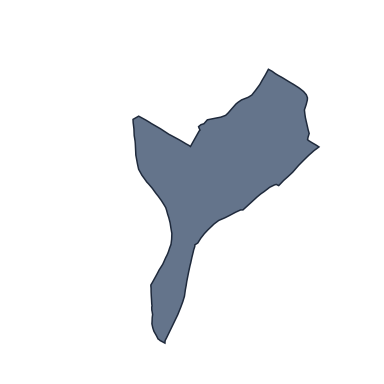 Chraoy Chongvar, Phnom Penh, Cambodia, rotated 30°
{"feature_id": "14789045B54201472344592", "entity_name": "Chraoy Chongvar", "entity_type": "district", "adm_level": 2, "iso_a3": "KHM", "parent_name": "Cambodia", "parent_adm1": "Phnom Penh", "projection": "albers", "projection_center": [104.923, 11.649], "detail": "fine", "context": "isolated", "style": "filled", "palette": "slate", "viewbox_px": 384, "rotation_deg": 30, "n_neighbors": 0, "source": "geoboundaries", "source_scale": "gbopen_adm2", "svg_char_len": 2303}
<svg xmlns="http://www.w3.org/2000/svg" viewBox="0 0 384 384"><g transform="rotate(30 192 192)"><path d="M279.4,89.5L276.0,89.3L271.4,89.3L267.8,89.2L265.9,88.9L265.2,86.9L264.2,82.7L261.8,80.4L259.5,77.9L256.8,75.0L253.1,71.0L250.8,68.1L248.3,64.7L247.2,59.3L245.9,54.7L244.9,52.7L242.3,50.6L238.4,49.2L233.1,48.4L227.6,48.1L220.3,48.0L213.6,47.8L207.9,47.9L204.7,47.8L201.3,47.4L196.8,47.5L197.0,54.3L196.9,59.8L197.0,65.0L196.2,72.2L195.3,78.2L193.3,81.9L188.9,87.4L187.1,91.1L186.1,93.7L184.9,99.7L183.7,105.8L182.8,108.8L179.5,112.8L175.0,116.7L169.2,121.8L168.2,126.9L166.1,129.2L165.0,132.1L165.9,132.9L168.0,134.4L167.7,135.7L167.9,153.4L165.9,153.2L162.7,153.3L158.5,153.2L154.4,153.2L144.5,153.5L143.6,153.6L133.1,153.0L128.2,153.0L121.9,153.0L120.9,152.9L116.5,152.8L115.5,152.8L107.9,153.0L104.6,158.6L106.4,161.4L110.1,166.3L113.7,172.0L117.2,176.3L118.6,178.3L120.6,181.4L122.4,184.2L124.9,188.1L128.3,192.1L130.5,194.7L134.4,199.0L140.2,202.5L145.1,204.7L147.9,206.0L150.3,206.7L155.4,208.5L159.4,210.3L161.7,211.3L164.8,212.5L169.7,214.7L173.9,216.9L177.1,218.7L179.2,220.6L182.1,223.5L184.7,225.8L188.5,229.7L191.7,233.7L195.3,238.0L198.0,243.1L199.9,247.6L200.2,249.0L200.6,251.5L201.4,255.2L201.8,257.8L202.0,260.2L202.0,261.3L202.2,263.4L202.5,266.1L202.8,269.3L202.5,276.0L202.6,277.8L202.7,279.9L202.8,284.4L202.9,289.5L202.9,291.8L202.8,292.7L203.2,293.7L204.6,295.7L206.5,298.9L208.8,302.5L211.0,305.8L213.0,308.9L214.4,310.7L214.6,311.7L216.2,314.3L217.7,316.0L219.3,318.0L219.6,318.9L220.4,320.8L221.9,323.6L223.2,326.2L224.1,327.2L226.0,329.3L228.7,331.7L231.3,333.2L233.3,334.4L236.2,336.3L237.5,336.3L238.6,336.6L241.0,336.5L244.1,336.4L243.0,334.1L242.9,331.3L241.6,313.3L241.0,305.3L239.9,297.6L238.9,291.7L237.6,286.1L235.1,279.9L234.0,276.8L233.7,275.9L232.2,272.1L230.4,266.8L229.3,263.6L227.0,256.5L226.4,254.3L224.6,248.7L223.1,243.5L222.4,241.3L221.7,237.9L220.9,236.3L222.5,233.3L222.7,227.7L223.5,221.9L224.6,217.2L227.1,208.6L229.4,203.2L233.3,198.0L236.2,193.6L239.8,187.8L243.0,183.3L245.1,182.0L250.7,164.2L252.4,159.5L254.3,155.5L256.9,149.1L259.9,144.6L261.2,143.3L263.9,143.1L264.4,141.1L265.6,136.1L267.5,130.4L269.3,124.5L271.0,115.7L272.8,108.8L274.7,102.0L277.0,95.1L279.0,90.5L279.4,89.5Z" fill="#64748b" stroke="#1e293b" stroke-width="1.5"/></g></svg>